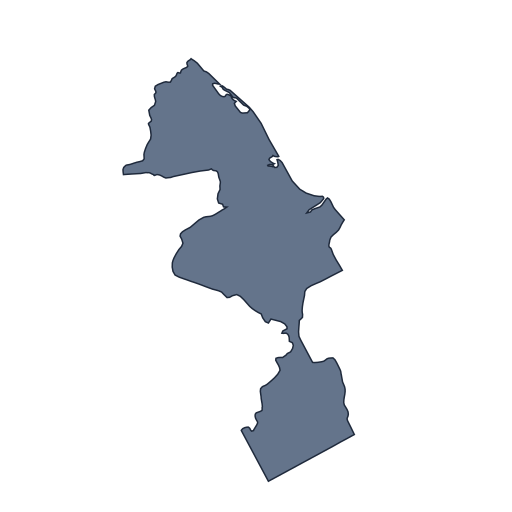 outline of Tabasco, rotated 62°
{"feature_id": "MEX-2725", "entity_name": "Tabasco", "entity_type": "State", "adm_level": 1, "iso_a3": "MEX", "parent_name": "Mexico", "parent_adm1": "", "projection": "albers", "projection_center": [-92.753, 17.95], "detail": "fine", "context": "isolated", "style": "filled", "palette": "slate", "viewbox_px": 512, "rotation_deg": 62, "n_neighbors": 0, "source": "natural_earth", "source_scale": "10m", "svg_char_len": 5856}
<svg xmlns="http://www.w3.org/2000/svg" viewBox="0 0 512 512"><g transform="rotate(62 256 256)"><path d="M460.1,275.7L460.4,313.2L460.7,350.8L403.4,350.9L403.1,350.9L402.8,350.4L402.2,348.7L402.3,346.4L402.9,344.3L403.6,343.0L405.3,342.4L407.1,342.5L408.6,342.1L409.0,340.1L408.5,339.7L405.4,334.5L404.2,333.0L403.2,332.5L400.5,332.6L398.8,332.5L396.8,331.9L395.3,330.9L394.6,329.4L395.2,325.4L395.2,323.3L394.1,322.4L392.9,321.9L392.0,321.1L389.4,320.0L386.6,319.1L384.2,318.3L383.8,318.1L383.4,317.9L382.9,317.7L382.5,317.5L380.2,316.7L377.5,315.7L375.3,314.2L374.4,311.8L374.4,310.5L374.6,309.2L374.6,307.9L374.5,306.3L373.5,301.8L372.3,297.0L370.6,292.3L368.2,288.4L365.5,287.6L362.8,287.4L360.1,287.5L357.3,287.5L355.7,286.4L356.1,284.1L357.3,281.5L358.1,280.2L357.6,276.0L357.3,275.3L357.0,274.7L356.8,273.9L356.9,271.2L356.8,270.3L354.9,267.2L352.4,265.0L349.6,264.6L347.0,266.6L343.6,265.0L341.8,264.6L339.9,264.7L338.4,265.5L337.7,266.7L337.2,268.1L336.3,269.4L334.8,267.5L334.8,262.8L333.1,261.9L332.3,262.0L329.4,262.5L325.5,265.0L322.0,268.8L318.7,272.4L321.0,276.5L318.4,278.6L313.7,279.1L309.6,278.6L307.0,280.5L304.0,282.3L300.7,284.0L297.5,285.2L293.4,286.2L288.7,287.3L284.2,288.8L281.0,291.1L280.0,295.4L280.1,298.7L279.1,301.1L274.6,302.5L271.7,303.3L269.2,305.3L266.9,307.7L264.8,310.0L262.0,312.5L259.2,315.0L256.4,317.4L253.6,319.9L252.3,321.1L251.0,322.3L249.7,323.5L248.4,324.8L246.4,326.6L244.4,328.4L242.4,330.3L240.4,332.1L239.9,332.6L239.4,333.0L238.9,333.5L238.4,333.9L234.8,336.4L230.6,336.5L226.5,335.2L222.8,333.1L221.0,331.4L219.3,329.4L217.8,327.2L216.4,325.1L214.1,321.0L212.6,317.2L210.4,314.5L206.2,313.7L202.8,313.7L201.0,312.2L200.1,309.6L199.8,306.2L199.8,300.5L198.6,295.0L197.4,289.5L197.3,284.0L197.9,281.7L198.7,279.7L199.5,277.8L200.0,275.7L200.1,273.3L200.0,270.8L199.8,268.3L199.7,265.8L199.6,265.6L199.6,265.3L199.6,265.1L199.5,264.8L199.5,262.0L199.4,261.2L199.1,258.8L197.4,261.6L194.6,261.2L191.7,264.1L187.4,263.3L183.2,260.3L180.4,256.5L177.2,255.0L174.6,253.1L173.4,252.5L168.8,251.8L165.5,250.7L163.6,250.5L162.1,251.2L160.5,253.4L159.6,254.0L158.1,254.5L157.8,257.5L154.8,265.3L152.2,273.4L149.9,281.6L147.6,289.7L147.0,291.9L146.6,294.5L145.5,297.1L144.8,299.0L143.1,300.4L141.0,301.7L139.2,303.1L137.9,304.7L137.5,305.5L137.2,307.9L136.9,308.2L136.3,308.1L135.6,308.6L135.1,309.1L132.9,310.6L132.1,311.5L131.3,313.1L130.7,313.9L130.1,315.7L129.0,319.1L127.2,323.0L125.4,326.9L123.6,330.9L121.9,334.8L119.5,333.9L117.3,332.9L115.7,331.2L114.9,328.5L115.0,327.4L115.5,325.9L116.0,324.3L116.3,322.7L116.5,321.6L116.7,320.2L117.0,318.8L117.2,317.5L118.1,314.2L118.7,311.4L117.7,309.1L113.8,307.3L112.0,305.9L109.2,303.0L106.5,299.7L105.1,297.4L103.3,294.2L100.1,291.9L96.3,290.4L92.9,289.3L91.4,289.1L89.9,289.1L88.7,288.9L88.2,287.9L87.8,285.3L86.6,284.2L84.7,283.9L81.9,283.8L76.9,282.2L75.7,278.8L75.3,275.0L72.6,272.1L70.8,271.5L69.1,271.2L67.4,270.8L65.7,270.0L65.5,269.6L65.3,268.8L65.0,268.0L64.5,267.5L63.7,267.2L62.7,267.1L61.6,267.1L60.7,267.0L58.8,265.2L58.6,262.0L59.0,258.5L59.3,255.8L59.9,253.7L61.4,251.8L62.3,250.0L61.1,248.1L60.1,246.9L59.9,245.6L59.9,244.1L59.6,242.6L59.0,241.5L58.3,240.7L57.7,240.0L57.3,239.1L57.7,238.4L58.5,237.7L58.9,236.8L57.9,235.8L56.9,234.6L56.6,232.7L56.7,230.8L56.9,229.2L56.6,227.4L55.5,226.9L54.1,226.8L52.8,226.2L52.1,224.9L51.9,223.5L51.8,222.0L51.3,220.7L51.6,220.6L54.6,218.9L58.2,217.3L68.1,215.2L70.2,213.3L72.7,212.0L87.2,207.4L86.3,208.8L85.1,210.1L84.0,211.5L83.6,213.4L84.9,214.2L95.3,212.8L97.6,212.1L99.3,210.9L100.4,209.4L100.5,208.2L99.9,207.2L99.5,206.3L100.0,205.1L100.8,204.4L102.4,203.4L103.1,202.8L104.9,203.3L106.8,203.0L108.6,202.1L110.2,200.9L111.0,203.4L113.7,203.9L122.0,202.3L123.5,200.8L125.5,196.3L124.2,193.2L123.7,192.6L122.6,192.7L120.8,193.3L119.1,194.1L118.4,194.9L116.9,196.1L107.7,199.0L106.8,199.7L105.7,201.3L104.9,201.9L99.2,202.8L94.7,206.0L93.3,206.7L91.8,206.7L90.4,207.0L88.9,208.3L90.0,205.8L92.5,204.6L94.9,203.7L96.0,202.3L97.5,201.1L121.6,192.1L127.3,190.8L141.3,189.2L159.3,189.8L178.7,189.1L178.7,190.0L177.4,192.0L176.5,193.1L175.2,193.8L175.8,194.9L176.0,198.0L176.9,199.3L178.1,199.2L180.1,198.5L182.0,197.4L183.1,196.5L183.0,198.6L181.5,201.2L181.4,203.1L182.2,203.1L184.1,200.2L185.0,199.3L184.0,198.4L186.6,198.0L187.5,196.0L186.5,193.8L183.6,192.8L180.8,192.2L181.1,191.1L183.1,189.8L185.8,189.1L206.7,188.8L217.6,186.0L224.0,182.2L230.1,176.4L232.8,172.6L233.8,170.9L234.4,169.4L235.6,168.8L236.8,169.0L237.4,169.9L239.1,174.2L240.1,187.4L241.8,191.0L242.7,187.2L241.6,185.1L241.8,182.2L242.7,176.5L241.9,173.7L238.7,167.4L238.3,165.6L240.2,164.6L243.4,164.4L249.3,164.7L252.2,164.3L265.5,161.1L266.8,163.4L268.4,166.0L270.3,168.5L271.8,170.9L272.8,174.1L273.5,177.6L274.5,180.9L276.6,183.4L277.7,184.2L278.7,185.0L279.7,185.9L280.8,186.7L282.2,187.2L283.1,186.9L284.0,186.4L285.2,186.3L290.9,187.1L297.1,187.1L303.3,186.7L309.2,186.5L309.1,192.7L309.0,199.0L309.0,205.2L308.9,211.5L308.5,215.6L308.1,221.2L308.5,226.5L310.3,229.6L313.6,231.7L316.6,234.2L319.5,236.6L322.5,238.8L324.2,239.9L325.8,240.9L327.6,241.7L329.5,242.3L332.0,243.8L332.7,245.9L333.2,248.0L335.4,249.3L339.0,251.6L342.9,254.0L347.1,255.8L351.2,256.0L357.5,256.0L363.8,256.0L370.1,256.0L376.5,256.0L377.5,254.5L378.9,251.4L380.1,248.0L380.7,245.6L380.6,244.5L380.4,243.1L380.1,241.5L380.3,240.1L380.6,239.2L381.2,237.8L381.8,236.5L382.1,235.9L384.7,235.0L388.3,234.9L392.0,235.0L395.0,235.1L396.7,235.2L398.1,235.5L399.6,236.1L401.1,236.5L403.5,237.3L405.7,238.0L407.9,238.7L410.3,238.9L413.2,239.2L415.5,239.9L417.6,241.0L419.9,242.6L421.9,244.2L424.3,246.0L426.7,247.4L429.1,248.0L431.7,247.8L434.3,247.7L436.8,247.9L439.1,248.8L440.6,250.0L441.6,251.2L442.6,252.1L444.5,252.5L448.2,252.6L452.0,252.7L459.8,253.0L459.8,255.5L459.9,262.2L459.9,268.9L460.1,275.7Z" fill="#64748b" stroke="#1e293b" stroke-width="1.5"/></g></svg>